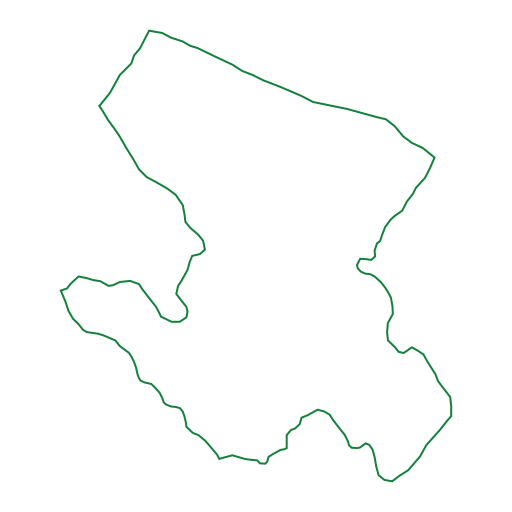 the district of Skellefteå, Västerbotten, Sweden
{"feature_id": "70781695B28951573568604", "entity_name": "Skellefteå", "entity_type": "district", "adm_level": 2, "iso_a3": "SWE", "parent_name": "Sweden", "parent_adm1": "Västerbotten", "projection": "mercator", "projection_center": [20.47, 64.835], "detail": "fine", "context": "isolated", "style": "outline", "palette": "green", "viewbox_px": 512, "rotation_deg": 0, "n_neighbors": 0, "source": "geoboundaries", "source_scale": "gbopen_adm2", "svg_char_len": 2658}
<svg xmlns="http://www.w3.org/2000/svg" viewBox="0 0 512 512"><path d="M149.1,30.7L139.9,48.5L134.1,55.4L131.3,63.5L119.8,75.0L115.1,83.6L110.0,92.8L99.9,105.4L99.3,105.8L103.2,111.8L107.9,119.8L114.0,128.1L118.8,135.0L127.4,149.8L132.9,158.5L139.0,169.4L146.6,177.0L157.8,183.1L167.3,188.6L175.6,194.7L182.8,205.2L184.6,215.0L185.4,221.9L190.4,228.0L198.0,234.5L203.1,240.7L204.9,249.7L199.8,254.1L192.2,255.9L189.7,262.0L187.5,270.0L181.4,280.9L178.1,285.9L176.3,293.9L181.0,300.1L186.4,306.9L187.5,311.6L186.4,317.4L179.6,321.8L171.6,321.8L161.1,316.7L156.4,307.3L149.9,299.0L142.6,289.6L139.0,284.1L130.0,280.9L119.8,282.0L113.0,285.2L108.6,285.9L100.3,281.2L93.4,280.1L86.2,278.0L78.6,276.5L74.6,280.1L70.3,284.1L67.0,288.5L60.8,290.6L61.7,292.7L65.6,302.0L68.4,310.8L73.0,318.7L78.6,324.2L83.0,329.8L86.7,332.1L98.0,333.7L104.0,335.6L109.4,337.9L115.4,340.5L119.8,346.0L124.7,349.7L128.8,352.7L131.1,356.2L133.7,361.1L136.0,367.3L137.4,373.8L138.8,377.8L140.4,380.5L144.4,382.4L151.3,384.0L155.2,387.7L159.6,392.8L162.2,397.9L163.8,402.5L165.9,404.4L171.0,406.5L175.6,406.9L179.8,408.1L182.6,411.3L184.4,416.2L185.6,421.1L186.5,426.9L190.4,430.6L192.8,432.9L198.6,435.2L205.3,440.8L209.9,446.1L217.1,454.7L219.3,458.9L224.1,457.5L232.4,455.3L237.5,456.8L244.7,458.9L250.1,459.7L257.4,460.4L259.9,463.3L265.3,463.7L267.2,461.8L268.6,456.8L273.3,453.9L280.5,449.9L284.5,449.2L286.7,448.1L286.7,441.6L286.7,435.1L291.0,430.0L295.0,428.5L299.7,424.2L301.5,417.7L307.7,415.2L317.5,409.7L324.3,411.5L329.8,414.8L332.7,419.5L338.8,427.5L344.6,434.7L347.9,441.2L349.0,445.2L351.5,447.7L357.3,448.1L360.2,447.4L365.6,443.4L369.2,444.8L372.5,449.5L374.7,457.5L376.1,465.8L378.6,475.2L384.4,479.9L392.2,481.3L399.1,476.0L408.3,470.1L420.1,456.4L426.2,445.3L432.8,437.8L439.6,430.3L446.9,421.1L451.2,416.1L451.2,406.2L450.2,397.0L442.9,387.6L438.0,381.0L435.4,374.2L427.6,361.9L423.4,354.4L417.3,350.4L411.8,347.3L407.8,350.2L403.6,353.0L398.6,351.8L395.1,347.3L388.0,340.5L387.1,332.5L387.8,323.1L392.8,314.1L392.5,306.6L390.9,297.6L388.0,292.2L385.2,287.7L381.0,282.3L374.9,276.7L370.6,274.3L365.2,273.6L360.7,271.5L357.7,268.2L357.0,264.9L360.2,258.8L366.6,259.2L371.3,259.9L375.1,256.4L374.6,250.7L377.0,243.4L380.0,241.1L382.9,232.8L385.2,227.0L390.6,219.6L395.4,215.4L402.2,210.7L406.9,201.5L412.8,194.0L416.1,187.6L425.0,177.9L430.0,168.1L434.2,158.4L434.6,157.6L422.9,148.1L411.9,142.9L403.3,136.5L394.7,126.2L386.0,119.3L376.3,117.0L346.9,108.9L313.0,102.0L300.9,95.7L280.8,87.1L263.0,80.2L252.6,75.0L242.3,71.0L232.5,64.7L215.2,56.6L197.4,48.0L189.9,45.7L183.0,41.6L170.9,37.6L162.3,33.0L149.1,30.7Z" fill="none" stroke="#15803d" stroke-width="2"/></svg>